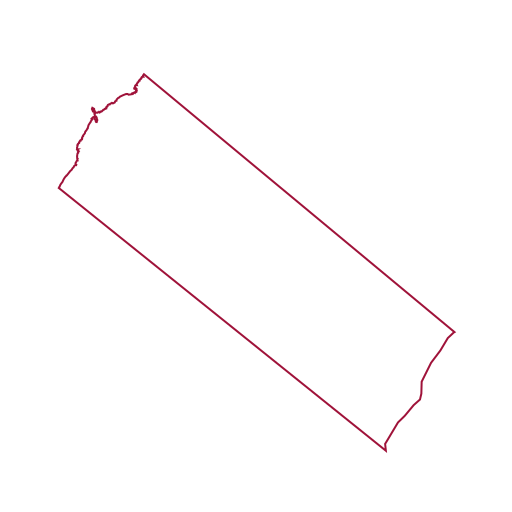 outline of Ngerngesang, Ngchesar, Palau, rotated 216°
{"feature_id": "81905179B58942175915190", "entity_name": "Ngerngesang", "entity_type": "district", "adm_level": 2, "iso_a3": "PLW", "parent_name": "Palau", "parent_adm1": "Ngchesar", "projection": "equal_earth", "projection_center": [134.606, 7.453], "detail": "fine", "context": "isolated", "style": "outline", "palette": "rose", "viewbox_px": 512, "rotation_deg": 216, "n_neighbors": 0, "source": "geoboundaries", "source_scale": "gbopen_adm2", "svg_char_len": 3751}
<svg xmlns="http://www.w3.org/2000/svg" viewBox="0 0 512 512"><g transform="rotate(216 256 256)"><path d="M50.7,311.1L453.5,337.2L453.5,336.7L453.4,336.5L453.5,336.3L453.5,335.5L453.3,335.1L452.5,334.8L453.3,334.1L453.6,333.6L453.5,332.8L453.2,332.7L453.1,332.2L453.4,332.1L453.4,330.5L453.7,330.3L453.7,329.5L453.3,329.2L453.7,328.7L453.7,328.3L453.4,327.5L453.8,326.8L453.5,326.1L453.7,325.5L453.4,324.8L453.2,324.5L452.9,324.3L453.6,324.0L453.6,323.6L453.8,323.3L453.8,322.6L453.4,322.1L453.3,321.3L453.1,321.2L453.2,320.2L452.9,319.8L452.4,319.9L452.0,321.0L451.7,320.7L451.5,321.0L450.8,321.0L450.5,320.5L450.6,320.3L450.4,319.5L449.6,319.5L449.6,319.2L449.4,318.8L449.2,318.5L449.4,318.0L449.8,318.2L450.0,317.8L449.9,317.2L450.2,317.3L450.3,317.0L450.6,316.9L450.7,316.6L450.6,316.1L450.9,314.6L451.2,314.6L451.3,314.8L451.6,315.1L451.9,314.7L451.8,314.2L452.0,313.4L453.9,311.6L455.1,311.6L455.7,311.2L456.0,310.8L456.3,310.7L457.8,308.4L458.6,307.0L459.8,304.8L459.8,303.9L460.4,302.9L460.6,301.5L460.7,300.8L460.6,300.3L460.4,300.1L460.2,299.7L460.5,299.5L460.5,299.1L460.9,298.2L460.5,297.2L460.8,296.7L461.2,295.7L461.8,295.5L462.0,295.1L462.3,295.2L462.6,295.2L462.8,294.6L463.0,294.3L463.3,293.7L463.4,293.3L463.4,292.6L463.9,292.5L464.6,291.2L464.5,290.3L464.1,289.9L464.1,289.6L464.5,289.0L464.4,288.7L464.6,288.4L464.5,288.2L464.4,287.6L463.9,287.6L463.8,287.4L464.0,287.2L464.2,286.9L464.3,286.6L464.6,286.2L464.9,286.1L465.1,284.7L465.5,284.4L465.6,283.1L465.7,282.6L465.8,282.2L466.0,281.9L466.4,281.9L466.5,281.6L466.6,281.4L466.6,281.1L466.8,280.2L467.7,280.3L467.7,279.9L468.0,279.7L468.1,279.4L468.6,279.0L468.7,278.5L469.4,278.2L469.9,277.6L470.5,277.8L471.4,278.3L472.3,278.9L473.1,279.3L473.5,279.9L475.5,279.7L475.2,278.5L473.1,277.3L472.9,277.1L472.5,277.3L472.3,278.1L471.0,277.3L470.9,276.7L470.4,276.2L470.1,275.9L469.8,276.1L469.5,275.4L468.7,274.7L467.7,274.2L466.9,274.2L466.9,274.6L466.3,274.4L466.0,273.9L465.5,273.5L464.8,273.2L464.1,272.4L463.8,271.1L463.6,270.7L464.0,270.4L464.7,270.7L465.8,271.6L465.9,272.0L466.3,271.9L467.1,272.0L467.6,272.3L468.1,273.2L469.3,272.8L469.8,270.3L469.3,270.0L468.8,270.1L468.8,269.5L468.8,267.7L468.5,267.1L468.6,265.8L468.5,265.5L468.5,264.0L468.3,263.2L468.1,262.5L467.9,262.2L467.7,261.6L467.5,260.8L467.1,260.3L467.3,259.4L467.1,258.6L467.1,257.0L467.2,256.9L467.1,255.8L466.6,254.8L466.6,254.0L466.7,252.1L466.6,251.2L466.3,251.1L466.4,250.5L466.2,249.3L465.9,248.9L465.6,248.8L465.4,248.3L465.7,248.2L465.7,247.4L465.9,246.7L465.7,246.3L466.1,246.1L466.1,245.3L465.8,244.5L466.0,243.9L465.5,243.4L465.7,242.9L465.9,242.1L465.7,241.7L465.9,241.6L465.9,241.3L465.8,241.0L465.6,241.1L465.4,240.7L465.4,240.4L465.0,239.9L464.7,239.1L464.4,238.3L464.1,238.0L463.8,237.6L463.2,237.4L462.9,237.6L463.2,236.9L462.6,236.7L462.1,236.3L461.9,236.3L461.7,236.4L461.6,236.7L461.0,236.6L461.1,236.2L460.9,235.1L460.5,235.0L460.6,233.8L460.1,232.9L459.9,232.6L459.5,231.6L459.1,231.3L458.7,230.7L458.3,230.1L457.9,230.0L457.5,229.9L457.5,229.5L457.3,229.4L457.2,229.0L457.0,228.4L456.7,228.3L456.9,228.1L456.9,227.6L456.7,226.2L456.6,225.0L456.0,224.5L455.7,223.9L455.4,224.2L455.0,224.2L454.9,223.8L455.4,223.6L455.6,223.2L455.9,222.4L456.0,221.6L455.9,221.3L455.7,220.5L455.9,219.9L456.0,218.8L455.8,217.6L456.3,215.1L456.2,214.7L456.3,214.3L456.3,212.7L456.4,210.9L456.4,210.0L456.7,209.6L456.6,208.9L456.8,208.2L456.8,206.6L456.7,205.3L456.6,204.5L456.1,202.1L456.2,199.9L456.1,198.4L455.8,197.3L455.7,196.8L455.6,196.6L455.6,196.2L455.7,195.9L455.5,195.6L455.5,195.1L36.5,174.8L41.1,179.9L41.4,183.6L43.3,204.8L41.7,214.2L40.8,228.0L39.0,236.3L41.3,241.8L48.1,251.7L51.6,272.5L51.3,287.9L52.6,302.4L51.1,310.2L50.7,311.1Z" fill="none" stroke="#9f1239" stroke-width="2"/></g></svg>